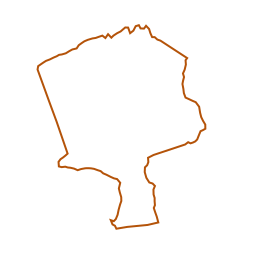 the district of Ibiara, Paraíba, Brazil, rotated 348°
{"feature_id": "56859067B91211344520608", "entity_name": "Ibiara", "entity_type": "district", "adm_level": 2, "iso_a3": "BRA", "parent_name": "Brazil", "parent_adm1": "Paraíba", "projection": "equal_earth", "projection_center": [-38.401, -7.507], "detail": "fine", "context": "isolated", "style": "outline", "palette": "amber", "viewbox_px": 256, "rotation_deg": 348, "n_neighbors": 0, "source": "geoboundaries", "source_scale": "gbopen_adm2", "svg_char_len": 1699}
<svg xmlns="http://www.w3.org/2000/svg" viewBox="0 0 256 256"><g transform="rotate(348 128 128)"><path d="M95.7,224.1L106.8,224.6L127.0,226.9L138.0,226.7L137.7,220.7L137.1,216.2L136.6,211.6L138.3,209.1L138.8,205.2L139.5,202.0L139.2,198.4L140.1,193.5L142.3,190.3L140.5,187.4L137.5,185.7L135.6,180.5L135.2,174.6L136.4,170.0L139.0,168.4L140.8,165.6L141.4,161.3L147.4,159.7L151.8,159.2L180.5,156.0L183.9,154.4L186.0,156.0L188.6,155.7L191.0,155.1L193.3,153.6L195.7,150.0L198.3,146.2L200.7,145.7L203.5,144.8L204.3,140.7L202.9,136.6L201.9,132.7L201.7,128.2L202.0,122.0L199.6,116.8L197.0,115.0L193.6,112.4L190.6,110.2L189.9,105.5L190.3,101.2L190.4,96.3L191.6,93.4L193.4,89.8L193.1,86.1L195.5,82.8L197.8,78.0L198.4,73.7L200.4,71.9L177.9,49.3L175.1,47.6L173.0,44.7L170.5,44.1L169.6,39.8L169.2,35.5L166.9,31.8L164.3,34.1L161.0,33.2L160.0,29.7L156.7,30.0L153.5,33.9L149.8,35.7L149.0,29.8L146.2,29.1L143.6,30.5L140.9,32.0L137.1,33.0L133.0,34.6L130.5,36.2L128.0,32.1L124.6,35.3L122.1,32.3L118.0,32.8L115.1,33.2L111.9,33.0L107.1,33.4L103.4,34.1L100.4,35.3L97.0,36.8L94.3,39.5L89.9,39.6L86.3,40.7L82.7,42.0L78.5,42.3L75.8,42.1L73.2,43.0L70.0,43.6L65.7,44.7L61.7,45.3L58.8,46.4L56.1,47.5L53.0,48.8L51.7,52.0L56.3,85.0L59.5,107.0L63.6,140.5L61.0,142.0L58.2,143.4L55.5,144.5L53.0,146.7L52.4,151.2L55.0,152.5L58.6,152.8L60.9,154.1L63.4,154.9L66.8,156.5L70.0,158.8L73.6,158.4L77.9,158.5L81.1,159.1L83.5,159.8L86.3,160.9L89.5,162.9L92.3,164.5L94.3,167.2L97.3,169.3L101.0,172.3L103.9,174.4L106.7,175.7L109.0,180.0L106.5,185.2L106.6,189.3L107.0,194.2L106.3,198.0L104.3,201.3L101.8,206.1L99.8,210.7L97.2,214.5L94.7,216.2L92.0,214.6L92.8,219.1L94.9,220.9L95.7,224.1Z" fill="none" stroke="#b45309" stroke-width="2"/></g></svg>